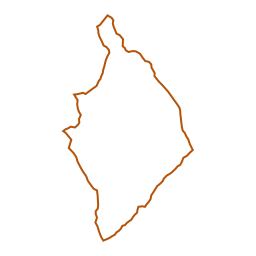 the district of Pérola, Paraná, Brazil
{"feature_id": "56859067B95323447505184", "entity_name": "Pérola", "entity_type": "district", "adm_level": 2, "iso_a3": "BRA", "parent_name": "Brazil", "parent_adm1": "Paraná", "projection": "robinson", "projection_center": [-53.712, -23.823], "detail": "fine", "context": "isolated", "style": "outline", "palette": "amber", "viewbox_px": 256, "rotation_deg": 0, "n_neighbors": 0, "source": "geoboundaries", "source_scale": "gbopen_adm2", "svg_char_len": 1767}
<svg xmlns="http://www.w3.org/2000/svg" viewBox="0 0 256 256"><path d="M103.3,240.6L106.9,239.1L109.4,238.0L112.2,236.1L114.9,234.7L116.5,232.3L119.0,230.7L120.9,228.6L122.4,225.8L125.0,225.1L126.9,222.9L128.9,221.4L131.3,219.7L132.9,217.1L134.6,215.0L137.1,212.6L137.5,209.7L138.4,206.8L142.1,206.3L145.0,206.8L146.6,204.3L148.5,202.2L150.5,199.3L151.3,195.2L153.2,192.5L155.1,189.4L157.1,186.2L160.6,183.3L162.8,181.0L163.9,178.5L167.0,175.4L169.5,174.0L171.6,172.5L173.8,170.5L175.8,168.5L177.7,166.2L180.2,164.9L181.6,162.3L183.4,157.8L186.9,155.8L189.9,152.6L192.8,150.0L189.9,144.2L188.3,139.5L186.5,136.7L184.8,133.0L182.6,130.4L182.1,127.8L181.5,124.1L180.4,114.3L180.2,110.9L179.6,108.1L177.7,105.0L174.5,100.6L168.0,91.5L163.7,86.6L158.9,81.6L154.5,76.2L154.6,72.9L151.5,67.6L151.3,64.4L149.0,61.9L145.2,61.0L142.8,57.9L139.9,53.6L135.7,51.3L132.4,51.1L128.6,52.0L125.9,50.4L124.7,47.9L122.7,46.2L123.0,39.2L121.4,37.2L119.6,35.1L116.5,33.6L113.7,26.8L112.8,23.5L113.3,20.2L111.6,17.8L107.5,15.4L100.0,24.9L97.1,26.6L98.3,30.2L98.4,33.1L99.2,35.8L100.4,38.6L101.9,41.5L103.6,45.5L106.6,47.2L108.8,49.8L109.4,52.6L107.5,56.2L105.9,59.9L104.9,63.8L104.3,66.4L103.2,69.8L102.7,73.1L101.1,76.6L100.4,79.1L98.9,80.8L96.5,86.0L92.8,88.6L85.5,94.0L83.0,92.8L77.7,94.1L74.1,94.6L77.6,100.1L77.2,104.4L77.7,107.9L78.6,111.0L80.8,115.1L79.0,119.0L79.3,122.7L78.0,124.7L75.0,127.5L70.8,126.7L68.3,128.2L65.4,129.4L63.2,131.1L65.6,132.8L71.3,139.7L68.8,148.0L73.8,153.3L76.4,157.5L77.4,161.2L80.2,166.7L82.5,170.9L86.3,176.4L87.7,180.5L90.7,184.8L93.7,188.8L97.0,190.4L97.7,196.3L97.9,200.6L98.2,205.4L97.7,208.7L95.7,211.2L95.7,213.8L97.0,217.6L95.4,222.5L97.5,226.4L98.6,230.1L99.9,233.9L101.5,237.6L103.3,240.6Z" fill="none" stroke="#b45309" stroke-width="2"/></svg>